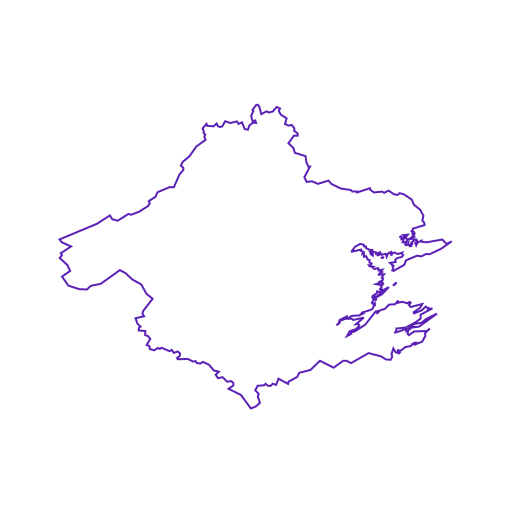 Gort-Kinvara Lea-5, Galway, Ireland (Robinson projection), rotated 163°
{"feature_id": "5873133B79086862800883", "entity_name": "Gort-Kinvara Lea-5", "entity_type": "district", "adm_level": 2, "iso_a3": "IRL", "parent_name": "Ireland", "parent_adm1": "Galway", "projection": "robinson", "projection_center": [-8.887, 53.119], "detail": "fine", "context": "isolated", "style": "outline", "palette": "violet", "viewbox_px": 512, "rotation_deg": 163, "n_neighbors": 0, "source": "geoboundaries", "source_scale": "gbopen_adm2", "svg_char_len": 6135}
<svg xmlns="http://www.w3.org/2000/svg" viewBox="0 0 512 512"><g transform="rotate(163 256 256)"><path d="M150.7,123.3L147.7,121.0L146.8,121.6L148.4,123.0L147.8,124.4L145.3,123.1L139.8,125.3L134.6,124.6L130.0,126.8L126.8,125.7L131.3,125.9L130.2,124.8L122.1,125.5L117.5,130.0L116.8,132.9L110.9,135.8L114.4,134.3L126.9,137.6L132.9,135.6L133.8,137.1L132.2,140.5L126.5,142.6L123.7,141.4L127.9,142.0L120.8,140.8L99.7,148.0L111.8,146.0L117.0,143.8L125.8,144.9L134.2,140.4L133.7,142.3L146.2,142.0L144.3,142.7L142.9,145.6L134.0,143.8L123.0,145.9L116.9,148.0L115.7,151.8L102.6,154.3L106.7,155.0L106.1,155.7L108.5,157.4L107.8,158.4L113.1,155.6L121.5,154.9L121.7,156.1L114.2,158.5L111.0,161.5L122.9,162.0L124.1,164.6L121.8,166.0L122.5,167.1L125.3,166.7L129.6,169.4L133.9,169.8L132.9,170.4L133.8,171.4L137.0,169.2L143.0,170.6L148.3,167.7L153.0,167.8L157.6,165.4L154.8,167.6L157.7,168.0L171.8,158.3L183.6,155.0L187.7,155.2L187.7,153.7L192.4,152.8L188.3,156.7L182.1,156.8L178.5,158.5L177.5,159.3L178.0,161.0L180.4,161.5L170.9,165.6L181.7,166.4L182.7,168.0L188.9,169.8L194.4,169.5L195.8,167.4L199.4,166.3L196.6,167.4L194.8,170.3L186.8,171.7L187.2,170.4L186.1,169.6L182.0,170.7L174.6,169.0L170.8,169.6L171.9,170.2L170.6,170.9L161.9,170.9L159.4,171.9L157.3,175.0L156.6,174.4L156.1,176.5L158.0,175.9L158.9,177.3L156.4,179.9L154.8,179.1L154.7,180.7L153.8,179.7L153.1,181.3L146.6,182.6L138.0,187.4L144.2,186.2L151.7,182.1L156.6,181.9L156.8,182.7L156.0,183.7L155.2,183.7L156.0,182.5L154.2,183.0L154.5,184.2L151.5,184.9L150.5,186.8L148.4,185.4L145.2,186.7L145.9,188.7L148.0,187.6L145.1,189.3L145.5,192.0L149.4,194.0L143.6,194.3L143.4,191.6L142.5,192.1L143.2,195.0L143.9,194.9L144.3,195.3L145.0,194.9L145.3,195.2L142.1,195.8L141.0,197.2L142.1,198.5L138.9,201.1L144.8,202.3L140.3,203.7L141.5,204.5L139.2,206.0L143.0,206.4L142.6,208.6L146.5,208.9L148.2,211.5L147.4,211.6L150.4,213.0L150.7,214.1L149.0,213.4L147.7,215.0L149.4,216.6L148.7,219.2L150.3,220.0L150.7,223.6L153.0,223.7L151.9,227.2L153.6,226.8L152.4,228.8L154.0,230.1L153.6,231.4L163.8,232.1L160.4,233.0L162.0,233.4L158.6,235.9L152.9,237.1L149.7,235.3L149.9,233.6L148.1,233.0L148.4,231.4L145.0,228.2L142.2,227.7L145.0,227.0L140.1,224.3L140.5,223.1L137.3,223.2L136.9,222.8L136.6,223.2L136.1,223.1L135.5,220.4L131.6,220.3L130.3,219.4L131.2,218.6L126.8,220.6L127.4,219.9L125.7,220.3L126.0,219.3L122.3,218.7L119.9,216.4L115.3,216.5L116.1,215.8L115.0,213.8L116.7,212.5L121.7,212.7L124.0,211.6L124.2,209.4L129.8,210.2L127.5,206.6L129.3,206.4L128.2,206.2L128.3,203.9L129.9,202.4L128.7,201.5L116.7,204.2L113.8,208.0L102.0,209.2L97.9,207.3L92.7,208.2L89.4,206.9L76.5,208.9L64.5,212.8L70.2,211.7L73.0,217.3L88.8,219.2L93.2,221.1L93.0,222.4L97.9,221.4L99.7,219.4L99.8,222.3L97.3,222.2L97.6,224.5L99.5,224.8L97.7,224.9L99.5,225.4L103.0,223.4L103.0,222.1L104.0,222.5L104.4,220.1L105.6,220.3L104.4,222.3L106.4,221.3L107.5,222.4L107.0,223.3L109.1,222.3L110.1,223.5L108.3,225.3L111.8,226.3L109.7,229.2L112.0,229.5L111.4,230.5L113.2,232.8L112.2,231.9L111.2,233.0L112.1,231.7L110.9,230.5L107.9,231.4L109.0,232.8L104.6,232.0L107.9,229.7L106.6,227.9L101.1,226.6L100.5,227.4L101.3,228.0L99.5,228.0L100.6,229.0L98.4,230.0L98.9,231.5L100.3,230.6L99.7,231.6L98.4,231.6L98.2,230.9L97.7,231.4L98.9,232.7L97.4,232.5L100.6,234.6L98.9,234.3L98.0,236.3L85.7,236.3L85.4,238.9L86.6,241.1L84.1,245.8L85.7,252.6L89.9,258.7L90.6,264.5L96.7,271.9L100.3,274.1L102.7,273.0L106.0,274.6L110.0,279.7L115.0,279.0L116.6,280.7L124.6,282.3L127.3,285.8L127.2,287.5L140.5,287.2L140.1,288.0L145.2,289.6L146.1,291.4L155.1,295.7L162.9,302.9L164.6,306.9L175.7,306.9L180.5,311.0L185.9,312.1L186.7,317.2L178.3,325.7L179.7,325.9L180.4,331.2L179.4,337.0L188.7,343.3L188.6,348.2L192.0,354.4L184.5,360.0L181.0,358.9L180.3,360.9L182.9,364.7L182.0,366.8L183.5,370.9L186.7,371.1L189.7,373.8L186.5,378.7L191.0,384.0L191.8,388.0L189.9,390.0L192.7,392.5L197.6,389.3L201.7,389.4L203.5,391.3L209.4,390.1L209.2,398.3L210.2,400.2L211.7,400.3L216.6,396.7L216.1,395.5L219.7,391.4L219.8,385.9L217.1,385.8L217.1,383.2L219.8,384.4L224.1,382.8L226.9,379.1L229.7,380.8L230.3,387.9L234.1,387.4L234.9,390.3L241.7,390.7L246.1,393.9L250.4,389.8L252.7,389.9L254.5,391.3L254.9,394.2L258.6,392.4L264.5,394.7L264.7,396.8L269.8,393.6L269.4,390.5L270.2,389.1L269.0,386.9L270.5,385.4L270.3,381.8L280.8,378.3L290.7,370.7L298.3,367.6L301.5,364.4L299.8,361.8L300.2,359.6L305.3,356.4L314.4,345.8L318.5,347.1L331.5,345.8L335.0,341.9L342.4,339.9L342.2,337.6L344.5,335.4L354.9,332.5L363.4,332.0L365.7,333.5L378.0,330.2L382.7,333.2L383.9,337.5L398.8,333.3L439.0,329.3L437.8,326.0L430.1,319.2L441.9,315.7L441.3,313.6L444.3,311.5L439.0,302.5L438.1,296.0L447.5,293.1L444.1,282.5L434.6,275.9L427.4,273.4L422.7,275.8L412.6,274.8L390.3,282.3L385.7,277.7L381.3,269.9L374.0,262.3L371.9,252.1L367.4,245.3L380.0,236.4L381.5,233.9L380.7,231.1L389.4,231.7L389.1,225.9L387.1,222.2L389.0,221.5L389.9,219.1L383.8,216.6L385.1,212.8L382.6,210.9L381.4,207.6L386.6,202.9L384.3,201.1L384.6,198.0L381.0,195.6L376.7,196.7L375.1,195.3L373.2,195.9L366.5,190.3L364.1,190.8L362.9,187.4L358.7,187.6L357.1,184.9L358.2,182.7L361.3,181.5L361.1,180.2L351.3,177.5L347.0,173.4L344.5,173.1L344.0,171.2L340.9,169.4L337.8,170.3L332.7,165.7L329.8,158.9L325.4,156.2L329.3,154.3L328.0,150.2L323.4,149.9L320.3,144.2L316.4,143.6L314.8,141.4L315.5,138.8L321.1,137.0L311.0,127.5L305.5,111.7L300.3,112.1L295.2,114.4L295.3,121.3L293.7,123.4L296.0,127.8L292.4,131.4L286.0,130.0L284.2,131.0L282.5,128.4L280.0,127.5L277.2,129.0L274.5,126.8L270.4,132.1L262.7,124.3L261.6,126.3L252.0,128.3L248.7,131.7L237.2,131.1L225.5,137.1L214.4,126.5L203.3,130.3L200.0,129.3L196.4,125.8L176.7,130.2L165.7,123.4L161.9,119.0L157.6,117.4L155.2,119.8L155.0,122.7L151.7,127.4L150.7,123.3ZM137.2,221.1L135.9,221.5L136.3,223.1L137.0,222.6L138.5,222.5L137.6,221.4L140.5,221.1L137.2,221.1ZM131.1,188.2L129.4,189.7L133.7,187.7L131.1,188.2ZM144.2,222.3L143.6,224.2L145.7,225.2L145.9,224.5L144.2,222.3ZM124.7,217.9L126.3,217.8L127.0,217.2L124.7,217.9ZM135.7,217.0L134.1,217.8L136.2,217.7L135.7,217.0ZM131.3,218.5L131.3,217.1L130.5,218.1L131.3,218.5ZM108.2,226.0L107.4,225.6L106.6,225.8L107.2,226.2L108.2,226.0Z" fill="none" stroke="#5b21b6" stroke-width="2"/></g></svg>